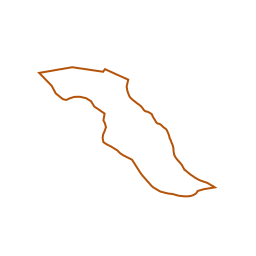 Goeree-Overflakkee, Zuid-Holland, Netherlands, rotated 25°
{"feature_id": "6326949B86973189891179", "entity_name": "Goeree-Overflakkee", "entity_type": "district", "adm_level": 2, "iso_a3": "NLD", "parent_name": "Netherlands", "parent_adm1": "Zuid-Holland", "projection": "natural_earth1", "projection_center": [4.215, 51.751], "detail": "fine", "context": "isolated", "style": "outline", "palette": "amber", "viewbox_px": 256, "rotation_deg": 25, "n_neighbors": 0, "source": "geoboundaries", "source_scale": "gbopen_adm2", "svg_char_len": 4881}
<svg xmlns="http://www.w3.org/2000/svg" viewBox="0 0 256 256"><g transform="rotate(25 128 128)"><path d="M109.2,90.8L107.8,84.1L95.0,84.3L82.3,84.4L82.1,85.5L81.6,87.3L81.6,87.6L80.8,87.8L75.5,89.4L69.1,91.3L65.0,92.5L62.7,93.2L61.7,93.5L61.4,93.6L61.0,93.7L60.7,93.8L60.1,94.0L54.7,95.6L53.1,96.1L51.9,96.4L42.4,103.0L41.0,103.9L33.2,109.4L24.2,115.6L41.0,122.0L45.9,125.7L46.2,125.9L47.7,127.1L49.2,127.5L54.9,128.9L56.8,129.4L60.1,128.7L60.8,128.0L62.9,125.5L63.0,125.4L66.2,122.5L69.6,120.8L71.4,120.0L72.2,119.8L77.4,118.7L83.4,119.4L83.7,119.7L86.6,121.6L88.3,122.8L95.4,123.9L95.5,124.0L100.7,124.8L101.5,127.8L102.5,131.5L104.9,133.3L107.7,136.6L107.9,138.7L108.1,140.6L108.2,144.4L109.2,147.8L111.7,151.2L113.5,151.5L115.8,151.8L117.6,151.9L118.7,151.9L120.0,151.9L124.1,152.4L127.8,152.8L130.9,154.0L131.6,154.2L135.8,154.8L140.6,154.9L145.0,155.0L146.1,155.7L148.6,157.3L158.4,163.5L161.2,165.0L174.0,170.6L174.8,170.8L175.5,171.0L176.0,171.1L176.7,171.2L177.4,171.3L178.1,171.3L178.8,171.4L179.5,171.5L180.1,171.6L180.9,171.6L181.6,171.7L182.2,171.8L182.9,171.8L183.6,171.9L184.3,171.9L185.0,171.8L185.9,171.6L186.3,171.5L187.7,171.3L188.3,171.2L189.0,171.0L189.7,170.9L190.3,170.8L191.0,170.6L191.5,170.5L192.1,170.4L192.6,170.2L193.2,170.1L193.5,170.0L194.0,169.8L194.6,169.5L195.2,169.3L195.9,169.1L196.6,168.9L196.9,168.9L197.3,168.8L198.0,168.7L198.7,168.6L199.3,168.5L200.0,168.4L200.7,168.3L201.4,168.2L202.1,168.0L202.6,167.9L203.3,167.7L204.0,167.5L204.4,167.3L204.7,167.2L205.3,167.0L206.0,166.8L206.6,166.6L207.2,166.3L207.9,166.1L209.1,165.6L209.7,165.3L210.3,165.0L210.9,164.7L211.5,164.4L212.0,164.1L212.6,163.7L213.1,163.4L213.5,163.1L214.1,162.6L214.5,162.2L214.9,161.8L215.4,161.4L215.8,160.9L216.1,160.4L216.4,159.9L216.8,159.4L217.1,158.9L217.3,158.4L217.5,157.9L217.6,157.3L217.7,156.8L217.7,156.2L217.7,155.7L222.2,151.7L223.9,150.5L224.3,150.2L224.9,149.9L225.0,149.8L225.4,149.5L228.3,147.5L230.5,146.0L231.8,145.1L231.3,145.0L225.8,144.5L223.9,144.3L223.7,144.3L223.4,144.2L220.2,144.5L218.0,144.8L215.5,145.0L214.7,145.0L213.9,145.0L213.2,144.9L212.9,144.9L212.3,144.9L211.4,144.8L211.1,144.8L210.8,144.8L210.5,144.8L210.2,144.7L209.8,144.7L209.7,144.7L209.4,144.6L209.2,144.6L208.7,144.5L207.1,144.2L205.8,144.0L205.4,144.0L205.0,143.9L204.5,143.8L204.2,143.7L203.6,143.6L203.1,143.5L202.7,143.4L202.1,143.2L201.7,143.1L201.3,143.1L200.8,142.9L200.1,142.7L198.9,142.4L198.2,142.2L197.9,142.2L197.7,142.1L197.3,142.0L197.2,142.0L197.2,141.9L196.8,141.8L196.7,141.8L196.7,141.7L196.3,141.5L196.2,141.5L196.1,141.4L195.9,141.3L195.6,141.1L195.2,140.8L195.1,140.7L194.8,140.5L194.4,140.3L194.0,140.0L193.9,139.9L193.7,139.8L193.5,139.6L193.3,139.4L193.2,139.3L193.1,139.2L192.9,139.0L192.7,138.9L192.4,138.7L192.2,138.6L191.7,138.4L191.4,138.2L191.1,138.1L190.9,138.0L190.2,137.7L189.7,137.4L188.9,137.1L188.6,137.0L188.5,136.9L187.8,136.6L187.6,136.5L187.3,136.4L186.9,136.2L186.7,136.2L185.9,135.8L185.8,135.7L185.4,135.6L185.2,135.5L184.9,135.3L184.5,135.1L184.0,134.8L183.8,134.7L183.5,134.6L183.3,134.4L183.1,134.2L182.6,133.9L182.2,133.5L181.9,133.3L181.4,132.9L181.2,132.6L180.9,132.4L180.7,132.1L180.5,131.7L180.3,131.5L180.0,131.1L179.8,130.8L179.5,130.4L179.3,130.0L179.0,129.6L178.8,129.3L178.7,129.1L178.5,128.7L178.4,128.5L178.3,128.3L178.2,128.0L178.1,127.9L178.0,127.7L177.8,127.4L177.7,127.3L177.6,127.1L177.4,126.7L177.2,126.5L176.9,126.1L176.6,125.8L176.4,125.5L176.2,125.3L175.9,125.0L175.5,124.5L175.0,124.0L174.5,123.6L174.2,123.4L174.0,123.2L173.6,122.8L173.1,122.3L172.6,121.8L172.2,121.3L171.9,121.1L171.7,120.8L171.5,120.7L171.4,120.6L171.2,120.5L171.0,120.3L170.7,120.1L170.4,119.9L170.0,119.6L169.8,119.3L169.3,118.6L168.9,118.1L168.4,117.5L167.9,117.0L167.4,116.5L167.0,116.1L166.2,115.4L164.6,114.0L163.6,113.3L163.1,113.0L162.4,112.8L161.3,112.6L159.7,112.3L158.9,112.0L158.5,111.9L158.0,111.7L157.9,111.6L157.3,111.4L156.6,111.2L156.0,111.1L155.3,111.0L154.5,111.1L153.8,111.2L153.1,111.3L152.4,111.4L151.8,111.2L151.2,110.9L150.7,110.5L150.2,110.2L149.6,109.8L149.2,109.5L148.6,109.1L148.1,108.8L147.8,108.6L147.5,108.4L147.0,108.1L146.5,107.7L146.0,107.4L145.5,107.1L145.4,107.0L145.3,106.9L145.2,106.8L144.8,106.4L144.5,106.0L144.2,105.7L143.5,105.5L142.8,105.3L141.8,105.1L141.5,105.1L141.1,105.1L140.5,105.0L139.9,105.0L139.1,105.0L138.5,105.1L137.8,105.2L137.3,105.4L136.6,105.4L135.9,105.4L135.3,105.2L134.8,105.0L134.4,104.8L133.6,104.3L132.4,103.7L131.8,103.4L131.2,103.1L130.6,102.8L129.2,102.5L127.9,102.1L127.2,102.0L125.9,101.8L124.6,101.5L124.4,101.4L123.1,101.1L122.3,100.9L121.9,100.9L121.0,100.7L119.7,100.3L119.0,100.1L118.4,99.9L117.2,99.4L116.5,99.1L116.0,98.7L115.5,98.3L115.0,97.9L114.7,97.6L114.3,97.2L113.7,96.6L113.3,96.3L112.8,95.7L112.3,95.2L111.9,94.8L111.7,94.5L111.5,94.2L111.2,93.9L110.8,93.2L110.1,92.2L109.7,91.7L109.2,90.8Z" fill="none" stroke="#b45309" stroke-width="2"/></g></svg>